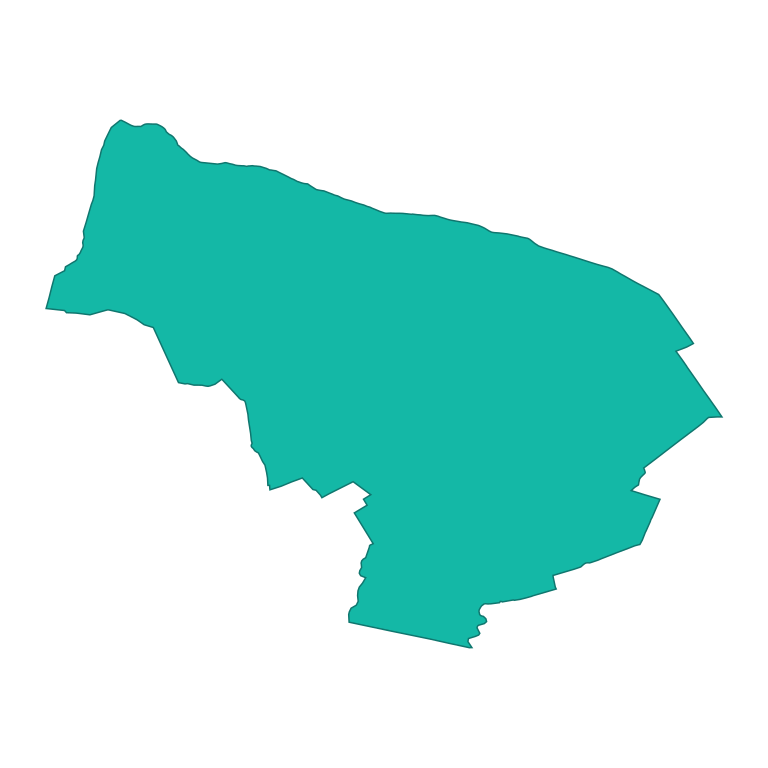 outline of Piscolt, Satu Mare, Romania
{"feature_id": "2599482B22102589604948", "entity_name": "Piscolt", "entity_type": "district", "adm_level": 2, "iso_a3": "ROU", "parent_name": "Romania", "parent_adm1": "Satu Mare", "projection": "equal_earth", "projection_center": [22.262, 47.586], "detail": "fine", "context": "isolated", "style": "filled", "palette": "teal", "viewbox_px": 768, "rotation_deg": 0, "n_neighbors": 0, "source": "geoboundaries", "source_scale": "gbopen_adm2", "svg_char_len": 6086}
<svg xmlns="http://www.w3.org/2000/svg" viewBox="0 0 768 768"><path d="M660.0,499.3L645.1,494.9L631.2,490.6L634.3,487.7L635.2,487.0L637.2,485.7L638.4,485.0L638.5,484.8L638.9,482.2L639.6,479.0L640.7,477.4L642.9,475.2L644.5,473.7L645.0,473.1L645.2,472.5L645.1,471.9L644.8,471.1L644.5,469.9L643.7,468.0L655.3,459.2L666.2,450.8L680.8,439.6L688.1,434.1L698.7,426.1L703.4,422.3L707.2,418.5L708.7,417.4L717.6,416.9L721.9,416.9L715.5,407.5L711.1,401.3L709.8,399.4L703.4,390.5L696.8,380.9L687.1,367.1L686.6,366.2L682.3,360.0L675.9,351.2L686.8,347.0L689.5,345.6L693.4,343.5L690.5,339.2L682.0,327.2L673.0,314.2L663.8,301.3L658.8,294.6L645.4,287.5L637.7,283.5L634.4,281.7L631.0,279.8L625.3,276.5L623.3,275.4L620.4,273.8L618.0,272.3L612.0,268.9L609.9,268.1L608.1,267.4L605.9,266.8L604.3,266.4L597.4,264.5L590.9,262.5L574.4,257.2L570.4,256.0L566.1,254.6L563.0,253.7L556.6,251.8L552.1,250.3L547.5,249.0L544.0,247.9L538.2,245.8L537.7,245.3L535.0,243.6L534.1,242.9L531.3,240.6L530.0,239.6L528.7,238.8L527.6,238.3L521.5,237.1L518.6,236.4L518.3,236.2L507.6,234.0L507.1,233.9L499.5,233.0L494.0,232.6L491.6,232.2L488.8,230.8L484.8,228.3L482.6,227.2L479.6,225.9L478.3,225.4L471.5,223.8L467.4,222.8L465.4,222.5L461.2,222.0L459.2,221.6L454.4,220.8L451.6,220.3L449.7,219.9L447.1,219.2L445.0,218.5L442.4,217.7L440.7,217.2L438.0,216.2L434.7,215.4L432.7,215.4L428.2,215.6L426.2,215.5L423.1,215.3L420.4,214.9L417.3,214.7L412.4,214.1L411.8,214.2L411.5,214.3L407.8,213.9L402.8,213.4L400.0,213.3L396.6,213.3L392.5,213.2L390.7,213.1L389.2,213.2L386.1,213.3L385.5,213.2L384.8,213.1L380.1,211.5L375.3,209.5L371.8,208.1L370.7,207.5L369.7,207.1L367.5,206.5L366.9,206.3L365.3,205.6L363.8,205.0L359.4,203.8L355.4,202.5L351.6,201.0L350.5,200.7L346.2,199.6L345.0,199.3L343.8,198.9L340.8,197.5L339.9,197.0L338.1,196.1L337.6,195.9L335.6,195.4L334.8,195.2L333.8,194.8L332.5,194.2L329.8,193.2L323.9,190.9L323.1,190.8L321.7,190.6L319.8,190.3L318.2,190.0L316.8,189.7L316.0,189.4L309.9,185.5L307.7,183.9L306.5,183.8L304.6,183.6L303.5,183.4L302.4,183.1L301.3,182.8L298.5,181.8L297.4,181.5L295.2,180.3L293.9,179.6L292.8,179.1L291.6,178.7L289.5,177.6L288.8,177.2L284.2,174.9L278.7,172.2L276.4,171.0L275.4,170.7L274.4,170.6L272.6,170.3L270.9,170.0L269.5,169.9L267.9,169.1L266.1,168.3L263.7,167.6L262.2,167.1L261.1,166.8L260.2,166.5L256.2,166.1L254.2,166.0L253.6,165.9L252.2,165.7L250.4,165.9L248.1,166.0L246.9,166.4L245.8,166.2L243.8,165.8L242.5,165.8L238.8,165.6L237.5,165.5L236.1,165.3L235.1,165.1L233.7,164.6L231.9,164.1L230.7,163.9L229.4,163.6L226.9,162.9L225.7,162.7L224.9,162.7L221.5,163.5L218.2,164.0L217.7,164.1L211.8,163.5L205.0,162.8L202.8,162.6L201.0,162.4L199.6,162.0L196.9,160.3L192.5,158.0L190.2,156.3L189.5,155.6L187.7,153.9L187.0,153.1L186.7,152.7L184.2,150.3L183.4,149.5L182.1,148.6L181.4,148.1L180.3,147.1L179.0,145.9L178.6,145.6L177.9,145.2L177.6,144.7L177.3,143.5L176.7,142.0L176.4,141.1L175.9,140.4L175.5,139.9L174.4,138.4L173.4,137.1L172.0,135.9L171.3,135.4L170.6,135.0L169.8,134.7L168.9,134.1L168.3,133.6L166.5,132.0L166.2,131.6L165.6,130.2L164.9,129.1L163.6,127.9L161.8,126.6L160.1,125.7L157.2,124.3L156.3,124.1L153.4,124.1L148.0,123.9L146.2,124.0L144.8,124.3L143.3,125.0L140.9,126.5L140.1,126.4L138.5,126.4L135.6,126.5L134.1,126.4L131.5,125.5L130.0,124.8L125.2,122.2L121.3,120.3L120.1,120.4L111.3,127.5L109.6,130.9L107.2,135.8L104.7,141.0L103.8,145.2L101.5,149.7L99.9,156.6L98.2,162.4L96.7,168.5L95.5,180.4L95.4,181.0L94.7,185.7L94.1,195.8L92.8,200.7L91.4,204.2L88.2,215.2L86.2,222.2L83.4,231.2L84.2,237.4L84.0,238.5L83.1,240.3L82.7,242.7L83.1,244.9L83.1,246.1L82.8,247.3L82.3,248.3L81.0,250.8L80.4,252.4L79.3,254.1L78.9,254.7L78.0,255.2L77.5,255.6L77.3,256.6L77.3,257.5L77.3,258.3L77.0,259.0L76.6,259.9L75.2,261.1L71.7,263.1L69.0,264.8L66.5,266.2L65.5,266.8L64.6,270.7L54.8,275.8L51.8,286.8L49.2,297.3L46.1,308.5L64.5,310.5L66.5,312.7L69.6,312.8L76.4,313.1L89.9,314.8L102.3,311.3L107.4,309.9L108.7,309.9L124.9,313.5L137.1,319.8L144.1,324.7L153.3,327.5L178.5,382.6L185.0,383.9L187.6,383.6L193.9,385.1L197.0,385.1L202.0,385.2L205.7,386.0L208.0,386.3L210.0,385.9L215.0,384.2L221.7,379.3L222.0,379.4L238.4,397.2L239.2,398.2L239.4,398.3L240.4,399.2L241.2,399.6L242.5,399.8L244.2,400.6L244.6,400.9L244.9,401.3L245.4,402.5L245.8,404.1L247.9,414.1L248.5,420.0L250.6,433.4L251.3,440.5L252.1,443.2L252.0,443.6L251.4,444.8L251.3,445.3L251.2,445.9L251.4,446.5L251.9,447.3L253.4,448.7L254.7,450.7L256.6,452.0L258.4,452.9L260.4,456.9L261.7,459.7L262.7,461.7L265.0,465.2L266.6,472.5L267.5,478.0L267.9,485.4L269.6,485.4L269.8,488.8L270.0,489.7L270.0,489.8L281.2,486.2L291.6,481.9L302.3,478.0L312.9,489.5L316.1,490.3L320.4,495.1L321.9,497.7L329.0,493.8L353.1,481.7L370.8,494.7L363.5,499.2L367.1,505.2L354.3,512.9L373.2,543.7L370.1,545.1L369.5,545.9L369.4,547.0L365.7,557.7L363.2,559.2L361.7,560.9L361.1,563.1L361.3,564.2L361.6,567.6L359.8,570.7L359.3,573.2L360.0,574.5L360.7,575.7L365.7,577.7L362.6,583.0L359.3,587.1L358.0,590.8L357.6,595.6L358.2,601.3L356.3,605.2L351.1,608.2L349.3,611.9L348.7,614.5L349.1,622.2L391.7,631.2L406.4,634.2L429.8,639.0L449.0,643.3L469.4,647.7L471.9,647.6L467.9,641.6L468.5,638.5L471.8,637.5L475.4,636.4L478.7,635.0L479.8,633.3L477.0,627.8L477.5,626.2L478.4,625.3L484.3,623.6L486.6,621.6L485.9,618.8L484.8,617.7L483.4,616.4L482.6,616.2L482.0,616.1L480.8,615.6L480.3,615.2L479.6,614.4L479.4,613.2L479.1,612.1L479.0,611.7L479.1,610.3L479.4,609.4L480.7,607.1L481.3,606.2L482.0,605.5L483.0,604.8L484.0,604.0L485.4,603.7L487.3,603.9L488.6,603.9L490.9,603.8L499.5,602.7L500.3,601.4L502.1,601.6L502.3,601.9L513.2,600.0L513.6,600.0L513.9,600.1L514.1,600.3L520.0,599.4L525.6,598.0L531.7,596.3L532.8,595.8L556.2,589.0L555.3,587.1L554.7,584.3L553.1,576.7L553.1,575.3L553.9,575.2L574.1,569.2L577.4,568.1L579.5,567.4L580.3,567.1L581.1,566.7L581.5,566.3L583.4,564.6L584.6,563.7L585.3,563.3L586.0,563.0L586.6,562.9L587.4,562.8L588.2,562.8L589.5,562.9L590.7,562.6L597.9,560.2L600.9,558.9L616.7,552.7L629.9,547.7L634.7,545.8L638.4,544.8L639.9,544.5L642.3,540.1L645.0,533.2L645.2,532.6L646.1,530.9L650.3,521.5L650.8,519.8L651.7,518.1L651.9,517.9L660.0,499.3Z" fill="#14b8a6" stroke="#0f766e" stroke-width="1.5"/></svg>